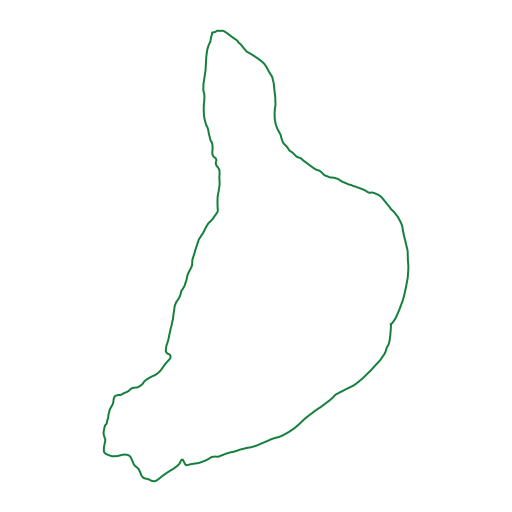 Wiang Kao, Khon Kaen, Thailand
{"feature_id": "78962969B82148856985692", "entity_name": "Wiang Kao", "entity_type": "district", "adm_level": 2, "iso_a3": "THA", "parent_name": "Thailand", "parent_adm1": "Khon Kaen", "projection": "robinson", "projection_center": [102.254, 16.721], "detail": "fine", "context": "isolated", "style": "outline", "palette": "green", "viewbox_px": 512, "rotation_deg": 0, "n_neighbors": 0, "source": "geoboundaries", "source_scale": "gbopen_adm2", "svg_char_len": 5973}
<svg xmlns="http://www.w3.org/2000/svg" viewBox="0 0 512 512"><path d="M282.3,435.6L289.0,431.9L292.8,429.3L294.3,428.3L299.1,424.2L304.3,419.2L307.1,416.9L310.2,414.5L312.0,413.2L314.7,411.0L317.8,408.9L320.4,407.3L321.3,406.6L324.4,404.3L329.7,400.3L333.0,397.4L334.6,395.5L335.8,394.5L338.5,393.1L339.9,392.3L340.8,391.9L342.0,391.3L345.2,389.6L349.2,387.7L353.5,385.5L354.9,384.5L356.4,383.6L356.9,383.0L357.8,382.3L358.2,382.1L360.3,380.2L361.5,379.4L362.5,378.5L363.7,377.4L366.1,375.0L368.1,373.0L369.2,372.0L369.9,371.3L371.1,370.1L373.6,367.3L374.3,366.6L376.0,364.6L378.4,362.2L380.4,359.9L382.2,357.2L384.2,354.4L385.5,351.8L386.1,349.7L386.9,347.4L388.3,345.2L389.1,342.7L389.7,339.9L390.3,335.1L390.8,329.1L390.8,328.2L390.9,326.9L390.9,325.9L391.0,325.5L391.0,325.0L390.9,324.7L390.8,324.4L390.7,324.2L391.8,323.5L393.2,321.8L395.6,318.2L397.5,314.0L399.2,310.0L401.0,305.2L402.7,300.6L404.2,295.4L404.9,292.0L406.1,286.6L407.7,277.7L408.2,271.3L408.4,266.4L407.9,260.3L407.6,250.7L405.5,241.7L404.0,235.7L403.2,231.9L402.2,226.1L401.0,222.8L397.8,216.8L393.7,211.6L391.1,209.2L389.1,206.4L385.7,202.3L381.5,197.1L378.3,194.8L375.0,193.4L373.9,193.0L372.8,192.6L371.9,192.5L371.1,192.5L370.6,192.7L370.1,192.8L369.4,192.8L368.2,192.3L366.9,191.6L365.8,190.8L364.9,190.3L364.2,190.0L363.8,189.8L363.5,189.7L361.7,188.9L360.3,188.4L358.5,187.7L357.3,187.4L356.1,186.8L355.4,186.5L354.8,186.4L354.3,186.3L352.4,185.7L351.5,185.1L350.3,184.8L349.4,184.6L348.4,184.4L347.5,183.9L346.3,183.3L344.7,182.7L342.6,181.9L340.0,180.3L337.5,178.7L336.0,178.4L334.4,177.8L333.5,177.7L332.4,177.6L331.3,177.4L330.5,177.5L329.8,177.4L329.2,177.2L328.8,177.0L328.1,176.6L327.3,176.3L326.5,176.0L325.7,175.8L324.0,174.9L322.4,173.1L320.5,171.4L319.2,170.6L316.4,169.8L313.5,168.0L311.4,166.5L307.1,163.3L303.4,160.6L302.0,159.3L301.5,159.0L301.3,158.7L300.7,158.2L300.1,157.9L298.7,157.5L297.3,157.1L296.1,156.2L294.6,154.7L293.5,153.5L292.6,152.7L290.9,151.5L289.8,150.8L289.0,150.0L288.0,148.3L286.4,146.2L284.2,144.1L283.0,142.6L281.6,138.8L280.7,135.0L277.4,128.9L275.7,124.3L274.7,118.3L274.6,112.4L275.0,107.7L275.5,104.9L275.3,100.6L275.3,97.6L274.5,90.8L274.2,88.2L274.0,86.2L273.6,82.6L272.1,76.7L269.6,72.9L267.0,68.0L266.7,67.4L264.2,63.7L261.2,61.0L257.4,58.2L254.0,55.9L251.5,54.3L246.7,51.6L243.1,47.4L241.0,44.7L238.5,42.4L237.2,40.5L235.1,39.1L231.4,36.5L227.2,33.2L224.2,31.3L222.5,30.7L220.6,30.9L217.3,30.7L215.1,32.0L212.2,32.6L211.8,35.0L211.1,37.2L210.3,41.7L208.6,45.3L207.2,49.9L206.3,56.6L205.6,69.3L205.5,70.4L204.1,80.0L203.6,82.8L203.4,85.3L203.4,87.1L203.3,88.7L203.4,90.4L203.6,91.8L204.2,93.5L204.4,95.7L204.4,98.3L204.2,101.7L203.9,103.7L203.9,105.3L203.7,107.7L203.8,112.0L204.0,115.9L204.6,119.2L204.7,119.6L205.4,122.3L206.1,124.8L207.4,127.2L208.2,129.9L209.0,134.2L209.9,137.7L210.1,138.9L210.1,139.0L210.9,141.1L211.9,142.5L212.5,145.2L212.5,146.5L212.6,148.5L212.4,150.7L212.3,152.7L212.4,154.2L212.8,155.3L213.5,156.6L214.6,157.4L215.6,158.2L216.0,158.9L216.3,159.7L216.3,160.8L215.8,162.0L215.8,163.6L216.6,165.9L217.6,167.0L218.7,168.5L219.4,170.1L219.5,171.8L219.6,173.8L219.3,177.5L219.5,179.7L219.6,183.1L219.5,185.5L218.5,192.0L218.1,193.9L217.6,197.1L217.5,200.1L217.5,203.6L217.6,206.9L217.6,208.2L217.8,209.3L217.8,210.6L217.5,212.2L216.5,213.4L215.7,214.7L213.7,217.3L213.5,217.9L212.8,218.9L212.2,219.4L211.7,220.0L210.3,221.5L209.1,222.5L208.3,223.4L207.4,224.9L206.0,227.2L203.0,233.1L201.3,235.6L199.7,238.1L198.7,239.8L198.3,240.9L197.8,242.7L195.9,248.2L194.9,251.5L194.0,254.8L193.2,257.0L192.5,259.4L192.3,260.2L192.3,261.8L192.2,263.4L192.0,265.4L191.4,267.1L189.5,270.8L188.4,272.9L187.5,275.2L187.0,277.4L186.6,279.4L186.1,281.3L185.5,282.7L184.9,284.9L184.3,286.3L182.6,289.2L181.3,291.0L180.7,293.5L180.1,295.7L178.8,298.3L177.0,301.1L176.0,302.5L175.5,304.0L175.0,305.1L174.5,307.1L174.2,310.0L173.6,313.5L173.3,316.2L173.1,317.9L172.8,319.9L172.1,322.3L171.8,324.3L171.5,325.7L171.1,327.1L170.6,328.6L170.3,330.6L169.9,332.1L169.5,334.2L169.2,335.2L168.8,337.6L168.3,339.8L167.6,342.4L166.5,345.3L165.9,349.1L165.9,350.4L165.9,351.5L166.4,352.4L166.9,353.1L167.7,353.7L168.6,354.1L169.4,354.4L170.0,355.0L170.4,355.8L170.5,356.3L170.5,357.1L170.4,357.8L170.1,358.5L169.5,359.3L168.8,360.0L167.2,361.8L166.2,362.9L165.0,364.4L163.6,366.3L162.2,368.3L160.7,370.3L159.1,372.1L157.6,373.3L155.2,375.0L152.2,376.3L149.2,377.9L148.3,378.5L146.4,379.7L144.3,381.4L142.5,384.0L139.9,386.1L137.4,387.4L134.3,387.7L132.1,388.1L130.1,389.5L129.0,390.7L127.6,391.6L125.6,392.5L123.9,393.1L122.4,394.1L120.5,395.0L118.3,395.0L116.3,395.5L115.2,396.0L114.3,397.1L113.6,399.5L113.4,401.7L112.5,404.7L111.0,407.2L109.7,409.8L109.2,411.8L108.5,414.6L108.1,418.0L107.2,420.6L107.0,422.3L106.5,423.9L105.2,425.2L104.4,427.6L103.9,430.3L103.8,431.0L103.6,432.2L103.6,433.5L103.8,434.9L104.2,436.2L104.6,437.4L105.1,438.7L105.3,440.0L105.1,441.7L104.5,444.3L104.0,447.0L103.8,450.0L104.2,452.3L105.8,453.9L107.9,454.8L110.5,455.8L112.8,456.3L117.3,456.1L121.1,455.1L123.4,454.6L126.7,454.7L129.1,455.5L130.6,457.1L132.8,461.9L133.6,464.0L135.0,465.9L136.6,467.2L138.5,468.8L139.8,471.4L141.4,475.5L143.4,477.9L145.5,478.6L147.7,479.0L149.4,479.7L151.7,480.9L154.0,481.3L154.9,481.1L155.7,480.9L157.0,480.2L159.8,478.1L162.4,476.0L163.7,475.0L165.9,473.5L167.5,472.4L170.5,470.5L174.1,468.3L177.0,466.1L179.0,464.2L180.1,462.6L180.5,461.5L181.0,460.6L181.7,459.8L182.1,459.7L182.6,459.7L183.1,460.1L183.7,461.4L184.4,462.8L185.4,464.6L186.2,465.2L187.4,465.1L189.6,464.5L190.8,464.2L193.2,463.8L195.8,463.4L198.5,463.1L201.3,462.1L205.3,460.6L208.0,459.3L210.1,457.9L211.7,457.0L213.1,456.8L214.4,456.6L215.8,456.6L217.3,456.8L218.0,456.7L218.9,456.5L220.1,456.0L223.0,454.9L225.6,453.8L228.3,453.0L231.1,452.2L233.5,451.8L236.4,450.9L240.1,449.6L243.0,448.9L246.5,448.0L251.3,447.2L256.3,445.7L259.6,444.3L263.3,442.7L268.1,440.7L271.3,439.2L274.8,438.0L278.3,437.2L282.3,435.6Z" fill="none" stroke="#15803d" stroke-width="2"/></svg>